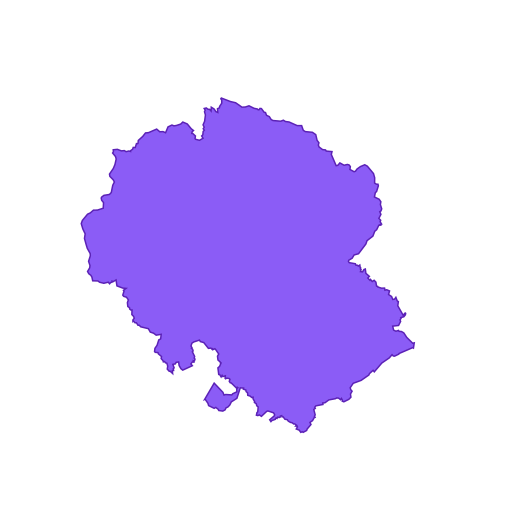 Zapopan, Jalisco, Mexico, rotated 316°
{"feature_id": "50627088B32586146432484", "entity_name": "Zapopan", "entity_type": "district", "adm_level": 2, "iso_a3": "MEX", "parent_name": "Mexico", "parent_adm1": "Jalisco", "projection": "mercator", "projection_center": [-103.516, 20.792], "detail": "fine", "context": "isolated", "style": "filled", "palette": "violet", "viewbox_px": 512, "rotation_deg": 316, "n_neighbors": 0, "source": "geoboundaries", "source_scale": "gbopen_adm2", "svg_char_len": 6143}
<svg xmlns="http://www.w3.org/2000/svg" viewBox="0 0 512 512"><g transform="rotate(316 256 256)"><path d="M123.9,226.9L128.1,233.5L127.1,237.3L128.7,240.4L129.2,243.6L133.4,246.5L129.8,249.4L127.8,248.8L122.8,251.5L119.2,252.2L116.7,254.2L116.6,255.3L118.4,257.4L117.8,258.5L118.2,262.7L116.5,263.9L116.4,266.7L115.8,267.8L116.9,268.4L116.7,270.0L117.4,271.2L116.0,273.9L113.6,275.7L113.5,278.7L114.2,279.2L114.4,282.6L116.2,280.3L117.2,281.1L118.2,279.6L119.4,279.6L120.9,276.2L123.1,277.6L124.7,277.0L126.7,278.5L124.6,281.4L123.7,284.9L124.0,287.2L134.0,290.7L134.2,288.4L136.6,288.0L137.5,289.1L138.2,287.8L138.8,288.7L140.5,287.8L140.6,286.5L142.1,285.6L143.7,280.7L144.8,280.6L145.6,279.1L145.5,277.5L146.2,277.6L146.7,275.6L149.3,274.2L151.5,274.6L156.9,277.2L156.5,278.9L158.3,282.0L157.6,289.4L159.6,290.9L159.6,293.0L160.4,292.7L160.5,293.7L162.0,294.1L162.0,295.3L161.1,300.6L158.7,301.3L156.4,304.4L156.6,307.5L156.1,308.2L156.5,308.7L153.1,310.1L150.9,310.0L146.9,315.3L147.5,316.0L146.9,318.8L148.7,318.3L148.4,319.7L150.7,320.9L148.8,322.5L148.8,323.2L150.2,323.6L151.6,325.6L151.6,326.6L149.7,327.6L149.4,329.3L150.0,330.2L150.2,337.1L151.3,337.3L151.5,338.1L149.7,338.3L147.9,340.4L143.5,338.9L142.1,339.1L138.0,334.6L136.4,333.8L137.5,331.1L137.6,318.4L119.4,323.5L119.9,323.7L119.1,328.6L118.0,330.7L120.1,336.5L121.9,337.0L122.3,339.9L121.9,341.3L124.4,344.5L126.9,345.2L129.0,344.4L130.8,345.1L133.6,345.0L136.9,343.8L143.4,345.1L153.1,339.9L155.3,342.4L154.4,343.0L155.6,345.3L154.7,346.7L154.9,348.5L153.3,350.5L154.5,352.8L154.6,354.7L155.8,355.6L154.7,356.6L153.9,359.8L153.1,360.3L153.6,362.3L152.5,364.3L152.7,366.1L149.0,369.3L147.9,369.3L145.7,370.8L146.5,372.1L148.0,372.6L148.5,375.1L155.7,375.2L156.9,375.7L157.9,377.6L159.7,381.0L159.2,383.0L158.2,383.7L152.1,383.3L151.7,385.5L153.1,385.4L156.4,386.9L157.4,386.3L158.3,387.4L158.6,386.9L159.9,387.1L160.3,388.2L161.4,388.7L162.3,388.0L163.6,388.7L163.0,389.8L163.8,390.6L163.4,393.5L164.8,395.5L164.5,397.2L165.2,399.7L166.2,401.1L166.4,403.0L167.2,403.6L167.6,405.8L166.4,405.9L167.4,407.0L167.1,407.7L164.8,408.4L166.1,411.3L165.7,414.0L167.2,414.5L167.4,415.6L171.2,416.7L172.6,416.0L178.5,415.4L179.2,413.2L182.3,413.7L185.6,412.7L186.4,413.1L186.7,411.9L188.2,411.4L191.0,406.5L192.8,406.8L193.1,405.6L195.0,405.4L201.0,409.3L201.9,408.1L203.7,409.5L208.4,410.1L214.0,413.8L215.5,414.2L216.7,415.7L217.0,418.1L218.5,417.8L218.0,419.7L217.2,420.3L217.9,421.9L223.2,423.6L226.2,423.5L228.1,420.9L231.2,420.0L231.3,418.0L232.2,416.2L237.5,415.1L245.2,418.5L254.5,420.0L255.9,419.4L260.8,419.6L260.6,421.5L272.2,420.4L281.1,421.9L285.3,421.5L285.3,423.3L286.1,424.3L290.6,425.8L291.1,425.5L305.1,430.8L305.3,431.6L309.5,428.4L308.1,427.6L307.9,419.2L308.9,414.0L308.2,411.4L306.6,409.6L306.8,408.5L304.4,407.3L303.5,404.9L305.6,401.4L310.3,405.0L314.6,403.5L315.2,402.0L317.1,401.6L317.4,400.9L320.1,402.4L322.6,402.1L323.8,401.2L323.7,400.6L320.7,400.8L323.4,390.3L326.7,387.7L326.4,386.4L327.9,382.9L325.7,383.3L324.2,382.3L325.4,379.3L324.6,375.8L327.8,373.9L326.6,371.1L325.0,370.2L326.2,368.4L323.9,366.3L322.1,362.9L322.4,362.4L321.8,361.4L324.1,358.1L324.1,355.5L321.9,355.1L322.1,352.4L321.1,352.6L321.1,349.5L323.4,349.4L323.0,344.8L325.6,341.3L324.3,340.7L321.6,341.4L320.3,339.8L322.2,338.7L322.0,338.0L323.0,337.3L322.8,336.9L324.4,334.6L322.6,334.3L322.5,333.0L321.5,332.1L322.1,330.6L318.4,325.5L318.8,324.0L319.9,323.5L323.6,324.4L327.3,323.4L331.3,325.6L343.4,323.7L346.5,322.1L353.9,322.9L358.6,320.7L361.1,320.9L365.7,319.2L367.0,320.3L367.1,319.7L368.5,320.3L369.1,317.6L370.5,316.9L370.5,314.3L374.8,312.8L375.8,310.1L377.2,310.4L379.2,309.4L381.2,305.4L383.5,303.7L384.0,300.7L382.2,295.8L385.9,293.3L387.5,293.4L392.8,290.5L393.6,289.1L392.5,288.0L392.0,285.9L395.7,282.2L397.8,278.3L398.5,268.7L397.6,265.9L393.2,264.2L389.1,263.6L386.4,264.1L385.1,263.5L383.7,259.0L386.0,257.2L386.2,255.1L385.3,253.6L382.4,251.9L381.0,247.3L377.8,247.6L376.4,246.7L380.7,235.3L383.2,233.7L379.4,229.3L379.7,228.0L377.8,225.7L377.1,221.4L377.9,219.5L379.9,218.3L380.3,215.2L383.3,210.2L382.5,206.2L377.9,200.8L377.5,199.4L377.4,198.2L379.4,193.9L376.2,190.8L372.9,182.6L370.6,179.7L370.0,177.3L367.4,176.2L362.3,170.3L361.7,168.3L362.4,165.0L361.3,162.1L362.5,159.4L361.7,158.3L362.3,153.7L361.4,152.6L359.7,152.9L359.1,152.3L359.1,151.2L357.2,148.4L355.3,143.1L351.8,141.4L349.3,139.2L347.8,131.6L344.9,127.1L340.8,118.3L339.9,118.5L339.7,120.0L337.5,122.3L333.8,123.1L332.6,124.0L330.6,123.3L328.2,126.2L327.4,124.2L328.0,121.2L327.2,117.9L324.4,120.5L324.5,118.3L323.4,117.1L323.1,115.0L321.2,113.9L320.8,115.8L319.2,116.4L317.6,119.4L312.6,123.4L309.0,124.9L308.2,127.4L306.4,127.8L306.2,129.6L304.5,129.7L301.9,131.9L300.3,131.9L299.7,134.5L295.7,133.5L293.6,130.0L293.7,129.2L295.8,127.6L295.6,123.8L295.0,123.2L296.2,122.3L298.2,122.3L297.8,119.5L298.3,113.3L296.4,108.8L293.5,108.8L289.4,106.8L287.4,105.4L286.5,103.4L282.4,102.0L276.6,104.5L275.5,101.9L273.1,99.8L272.7,95.7L264.4,92.6L262.0,90.7L257.6,91.3L251.6,91.1L249.5,92.9L248.9,93.0L248.1,92.1L244.5,94.1L243.1,92.6L241.4,93.5L238.9,93.1L238.4,93.7L237.4,92.1L235.0,90.7L234.5,88.7L232.2,86.9L230.4,83.0L227.1,80.4L225.8,82.0L224.4,82.3L224.0,86.9L222.8,89.1L218.1,92.2L214.2,93.9L207.5,95.3L206.2,97.2L206.2,102.2L205.5,104.4L202.1,105.6L196.0,109.8L193.3,109.9L188.7,106.7L185.8,106.4L184.9,106.8L183.7,108.7L183.4,111.7L179.3,115.5L173.8,112.8L170.9,110.1L166.8,109.9L163.9,108.9L155.8,109.8L152.8,111.3L150.2,116.3L148.5,121.4L144.8,124.2L141.7,129.9L140.0,133.2L138.4,139.1L136.9,140.8L131.9,143.5L129.9,147.6L128.1,149.0L124.1,150.1L123.4,152.6L123.8,155.1L123.3,157.2L121.3,160.4L124.9,164.1L125.3,166.3L127.6,169.9L131.5,172.2L131.4,174.3L132.9,174.1L134.2,174.8L135.0,174.1L135.4,175.2L138.7,176.0L135.2,180.9L137.9,186.6L140.0,189.0L136.8,188.6L136.6,189.6L133.0,191.6L132.8,193.1L134.2,195.7L133.7,198.9L131.1,200.2L128.7,203.3L129.1,205.3L128.3,206.4L128.5,208.0L129.3,208.7L126.0,211.9L126.0,214.4L125.2,216.2L123.0,216.5L122.0,217.6L122.7,217.7L122.6,220.0L123.6,221.0L123.0,223.8L123.9,224.7L123.9,226.9Z" fill="#8b5cf6" stroke="#5b21b6" stroke-width="1.5"/></g></svg>